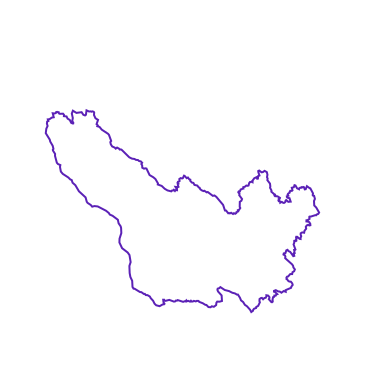 the Region of Chita, rotated 62°
{"feature_id": "RUS-2610", "entity_name": "Chita", "entity_type": "Region", "adm_level": 1, "iso_a3": "RUS", "parent_name": "Russia", "parent_adm1": "", "projection": "equal_earth", "projection_center": [116.487, 53.771], "detail": "fine", "context": "isolated", "style": "outline", "palette": "violet", "viewbox_px": 384, "rotation_deg": 62, "n_neighbors": 0, "source": "natural_earth", "source_scale": "10m", "svg_char_len": 6072}
<svg xmlns="http://www.w3.org/2000/svg" viewBox="0 0 384 384"><g transform="rotate(62 192 192)"><path d="M185.2,271.5L181.7,270.5L175.7,273.3L173.3,275.2L171.5,275.3L168.2,276.7L160.5,282.0L158.6,284.8L158.1,287.0L155.9,287.5L152.6,289.3L151.2,289.5L146.8,288.5L138.3,291.5L131.2,291.8L127.7,293.1L125.0,292.6L123.7,293.6L121.1,294.4L115.3,297.6L112.4,298.2L107.9,296.8L106.4,295.6L104.4,297.2L102.7,297.6L95.8,296.0L94.1,295.0L90.1,295.3L89.3,295.0L88.9,294.1L85.8,293.3L80.9,293.5L79.0,293.0L71.4,293.5L67.7,290.9L65.9,288.5L63.5,288.0L61.8,286.8L61.9,285.5L60.2,285.2L60.8,283.7L60.5,280.8L61.1,279.0L57.1,278.0L58.2,276.4L58.3,275.0L57.7,274.5L57.9,273.5L58.7,273.0L58.9,272.3L60.3,272.5L60.9,272.0L62.3,269.1L63.8,268.8L64.9,269.5L66.4,267.3L68.8,267.4L71.0,266.1L74.2,266.2L75.5,265.2L75.7,264.7L75.2,264.3L73.1,264.4L70.7,262.5L66.3,261.3L64.3,259.0L67.9,256.9L69.7,252.0L72.8,251.7L74.2,250.5L74.0,249.4L70.4,246.8L72.6,245.1L73.3,243.5L73.9,243.1L74.1,242.0L75.1,241.1L76.0,241.1L78.0,242.4L81.6,242.6L84.2,241.1L87.3,244.4L88.9,243.9L89.5,244.7L91.1,243.1L94.6,242.4L101.2,238.8L102.6,238.5L109.0,239.4L109.6,240.7L111.8,241.3L114.3,241.1L116.5,239.4L117.9,239.0L117.6,237.3L119.6,236.0L120.6,235.9L121.0,234.8L121.7,234.3L131.9,231.1L134.4,229.3L135.8,227.3L137.3,226.4L138.4,224.7L139.8,224.2L141.0,222.8L142.8,222.3L143.5,223.6L145.1,223.5L147.2,224.5L148.9,223.4L149.1,222.2L149.9,221.2L157.1,221.5L160.9,219.2L163.4,218.2L168.4,218.0L169.3,218.7L172.4,215.9L176.3,214.6L179.1,212.9L181.7,210.0L181.3,208.8L181.8,207.9L181.5,207.0L183.1,206.6L182.6,205.6L183.4,204.4L181.7,203.6L180.9,204.2L179.7,204.2L181.1,202.2L181.1,201.5L179.1,201.2L178.3,200.8L178.3,200.2L177.1,200.5L176.4,199.6L176.7,198.5L176.5,197.8L174.6,197.1L174.4,195.5L175.4,194.4L175.5,193.6L173.8,191.4L174.2,191.0L177.3,190.2L177.3,188.8L179.4,188.5L180.3,187.7L181.3,188.3L183.6,187.7L184.6,186.5L186.9,186.5L188.8,184.3L191.2,183.9L191.8,183.3L193.5,183.4L195.3,182.5L196.6,181.4L196.7,180.5L199.2,179.2L199.4,178.1L205.2,175.4L205.6,173.8L207.7,172.8L218.0,170.6L223.8,171.6L224.4,170.6L227.8,170.0L227.9,169.2L228.7,168.6L228.7,167.2L230.7,166.1L230.4,164.9L231.5,164.1L231.4,162.8L230.7,162.3L230.8,160.7L230.5,160.7L230.5,160.1L229.6,159.9L229.9,158.9L228.8,156.9L227.6,156.9L223.1,154.4L222.9,152.5L221.7,151.1L217.0,151.8L215.9,150.9L214.1,151.3L213.6,150.9L213.4,150.4L214.0,149.5L212.6,147.9L212.9,146.6L212.7,145.8L213.1,145.0L211.8,144.4L212.2,142.9L211.8,141.0L212.7,139.9L212.8,139.0L211.0,137.4L210.4,136.1L210.9,135.4L210.7,134.4L211.7,133.9L210.3,133.0L209.1,130.6L209.2,128.1L210.9,128.2L211.1,127.5L209.0,126.2L209.1,124.7L205.6,124.1L204.6,123.7L204.6,122.6L207.3,121.3L207.7,120.0L207.4,118.0L209.6,116.6L212.2,117.3L214.1,118.8L215.6,118.9L216.9,119.9L221.2,119.2L223.8,120.2L224.9,121.1L227.9,121.1L229.0,121.8L232.1,120.6L233.2,120.7L232.8,120.2L233.2,119.9L235.0,120.1L236.0,118.5L238.5,117.1L239.1,117.7L238.9,118.7L240.0,119.0L240.0,119.6L240.8,119.7L241.1,119.0L241.7,118.6L242.9,119.1L242.9,117.3L244.5,116.5L244.9,115.5L244.6,114.3L243.7,113.6L243.3,112.6L245.9,111.6L246.8,109.4L243.2,108.8L242.2,110.1L241.0,110.6L240.3,110.3L240.5,108.7L239.1,108.7L238.6,107.9L238.4,106.0L237.7,105.7L237.1,104.7L237.9,103.3L237.7,102.5L235.1,101.9L235.6,99.9L234.1,98.3L234.8,97.6L238.1,97.5L239.8,96.2L239.1,95.7L239.0,94.3L239.5,93.8L239.2,92.9L239.8,92.3L239.7,91.5L240.3,90.9L242.6,91.2L242.9,90.3L240.8,87.8L244.1,86.2L244.3,85.8L250.0,85.8L251.4,86.9L252.1,86.8L252.7,86.0L255.8,86.7L257.2,88.5L261.3,90.4L264.0,89.6L269.8,89.4L270.6,90.8L270.4,92.5L270.8,93.3L270.3,94.2L269.5,98.5L268.9,99.8L269.1,100.2L270.9,100.8L271.1,103.2L270.7,104.2L271.7,104.8L273.0,103.0L273.8,102.6L275.6,102.5L276.9,103.1L276.6,104.2L275.5,104.8L275.4,106.4L276.2,107.9L278.0,108.4L279.0,110.8L280.6,112.1L279.4,113.7L279.5,115.4L280.6,116.1L282.3,116.3L283.6,117.8L284.5,118.2L283.9,119.0L281.0,120.1L280.5,121.0L281.2,121.6L282.4,121.7L282.7,122.4L284.0,122.7L284.1,123.3L283.4,123.7L283.1,124.6L285.1,125.8L285.9,126.9L291.4,127.7L291.6,128.7L291.3,129.1L294.0,130.0L293.7,130.6L293.9,131.0L296.4,131.7L296.2,132.7L291.0,133.4L289.4,134.6L287.9,134.8L287.8,136.1L289.8,138.2L289.3,139.8L290.2,140.6L291.6,139.7L292.7,139.8L294.2,140.8L302.9,137.6L304.6,137.4L306.3,137.9L308.6,137.5L309.9,139.0L310.0,140.9L311.5,142.1L310.6,143.8L311.7,146.8L311.4,147.9L311.9,148.8L313.3,149.4L313.7,148.9L315.2,148.9L316.7,148.2L317.6,146.8L319.7,146.4L321.3,146.7L322.2,148.7L323.1,149.5L322.6,155.4L324.1,156.1L322.5,157.5L322.9,160.3L321.2,161.2L320.1,162.7L318.0,164.1L317.8,166.0L318.5,166.4L319.2,165.7L322.2,164.7L322.1,165.7L322.8,166.8L322.1,167.9L323.1,168.7L322.9,169.8L324.7,171.3L326.7,172.2L326.9,173.1L326.5,173.6L322.7,174.5L321.9,173.3L321.0,173.0L319.2,173.4L318.1,174.8L319.1,175.3L320.0,176.6L319.6,177.8L320.1,179.6L318.3,180.0L318.0,181.0L318.2,182.6L320.0,183.7L321.2,183.8L323.6,187.0L323.7,189.3L324.5,189.9L324.2,192.0L324.7,193.2L325.5,193.9L325.8,196.0L323.2,196.0L318.7,197.1L316.4,198.3L313.2,198.5L310.7,199.6L307.9,199.3L304.1,199.6L303.7,200.5L301.7,201.7L299.9,203.7L296.9,205.8L293.9,209.1L289.3,211.6L289.7,213.1L289.4,214.7L290.3,215.5L292.1,215.7L297.2,214.4L302.3,216.7L301.8,219.1L300.6,221.2L301.2,222.4L303.2,223.8L303.6,226.6L302.2,228.2L302.5,229.7L301.3,231.5L298.5,232.3L297.9,233.2L295.3,234.7L292.4,237.2L291.2,237.4L290.4,238.9L290.4,240.0L289.0,241.5L289.1,242.6L288.6,243.7L287.5,244.0L287.9,245.2L286.2,246.6L286.1,248.0L285.1,248.0L285.6,249.0L285.1,249.4L284.8,251.4L280.7,255.4L280.9,256.3L280.3,257.1L280.7,258.1L280.3,259.4L276.6,262.7L275.7,266.4L275.0,267.2L274.0,267.2L273.6,268.0L275.9,268.9L277.8,268.8L278.0,269.5L277.5,270.5L277.6,274.2L275.2,276.8L273.0,277.5L269.8,277.4L266.3,278.3L264.5,278.3L262.2,279.7L261.3,281.2L259.8,281.5L259.4,282.4L256.7,283.7L255.9,284.9L250.3,288.2L249.9,289.0L247.9,289.1L242.3,286.5L238.1,286.3L234.3,285.1L227.9,282.0L225.1,279.1L218.3,276.8L215.2,277.2L208.8,280.1L202.5,279.8L199.2,277.9L195.1,273.7L190.5,271.5L188.8,271.1L185.2,271.5Z" fill="none" stroke="#5b21b6" stroke-width="2"/></g></svg>